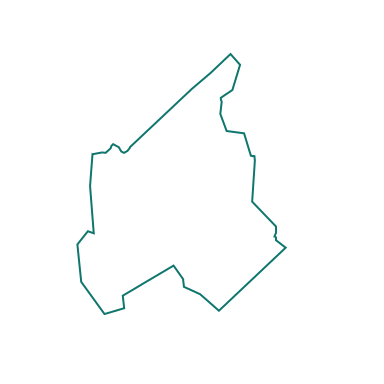 Avery, North Carolina, United States of America, rotated 18°
{"feature_id": "52423323B91612624851462", "entity_name": "Avery", "entity_type": "district", "adm_level": 2, "iso_a3": "USA", "parent_name": "United States of America", "parent_adm1": "North Carolina", "projection": "orthographic", "projection_center": [-81.908, 36.099], "detail": "fine", "context": "isolated", "style": "outline", "palette": "teal", "viewbox_px": 384, "rotation_deg": 18, "n_neighbors": 0, "source": "geoboundaries", "source_scale": "gbopen_adm2", "svg_char_len": 1020}
<svg xmlns="http://www.w3.org/2000/svg" viewBox="0 0 384 384"><g transform="rotate(18 192 192)"><path d="M85.7,186.9L93.2,217.8L111.3,261.6L105.1,261.5L99.2,277.3L114.4,311.7L146.5,335.1L163.4,323.5L158.2,312.0L170.0,298.6L172.1,296.2L172.4,295.8L197.2,267.7L210.6,277.7L210.6,278.0L210.7,278.3L213.7,284.7L231.3,286.7L254.3,296.6L298.3,216.0L287.0,212.0L286.8,211.9L286.5,211.1L286.5,210.8L286.2,210.5L286.2,209.7L285.6,209.1L284.7,208.7L284.2,208.8L284.2,208.5L284.5,204.8L284.5,204.7L282.6,198.9L252.2,182.6L242.1,142.8L240.3,138.6L240.1,138.6L239.0,138.9L238.5,139.2L238.3,139.3L237.7,139.2L237.1,139.0L236.7,139.2L223.4,120.1L206.1,123.3L194.8,109.0L192.5,97.7L192.5,97.2L191.6,96.0L191.3,95.7L190.7,94.7L190.5,94.0L190.3,93.5L198.9,82.5L198.4,56.2L186.0,48.9L176.8,65.8L173.2,72.5L160.1,93.8L119.2,168.4L119.3,169.1L117.9,172.9L115.2,175.8L112.2,175.3L108.5,172.0L102.2,170.9L101.1,173.1L101.1,175.6L97.8,181.4L94.2,182.2L86.5,186.4L86.2,187.0L85.7,186.9Z" fill="none" stroke="#0f766e" stroke-width="2"/></g></svg>